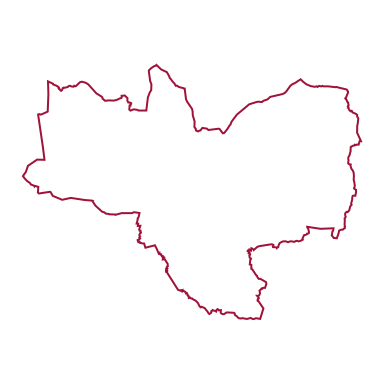 outline of Zinapécuaro, Michoacán, Mexico
{"feature_id": "50627088B67207882372338", "entity_name": "Zinapécuaro", "entity_type": "district", "adm_level": 2, "iso_a3": "MEX", "parent_name": "Mexico", "parent_adm1": "Michoacán", "projection": "natural_earth1", "projection_center": [-100.761, 19.856], "detail": "fine", "context": "isolated", "style": "outline", "palette": "rose", "viewbox_px": 384, "rotation_deg": 0, "n_neighbors": 0, "source": "geoboundaries", "source_scale": "gbopen_adm2", "svg_char_len": 5937}
<svg xmlns="http://www.w3.org/2000/svg" viewBox="0 0 384 384"><path d="M38.1,114.5L42.8,146.4L44.5,159.8L37.1,159.6L27.9,165.9L25.9,171.9L23.4,175.3L23.5,175.7L23.0,176.2L24.8,178.6L27.2,181.1L30.2,183.2L30.7,184.4L34.5,185.9L34.6,186.4L35.1,185.9L38.3,186.9L37.9,192.5L38.9,193.5L49.9,191.8L50.5,192.0L52.8,195.9L62.2,199.8L70.8,197.9L84.7,200.0L92.1,200.6L92.6,200.8L92.4,201.0L95.4,205.6L102.1,211.7L104.0,212.2L105.9,213.6L108.9,214.0L109.2,214.3L115.4,214.5L115.5,214.8L121.8,213.1L132.1,213.1L133.9,212.2L139.5,213.0L138.6,217.1L137.6,218.5L137.8,219.2L136.6,223.6L138.2,223.7L137.8,226.0L140.3,225.8L139.2,229.4L139.6,230.7L140.5,230.7L140.9,232.6L140.4,232.6L139.3,235.0L140.1,236.5L139.3,237.3L140.1,238.6L137.6,240.1L138.2,241.8L138.9,241.3L139.4,242.4L139.8,242.2L140.0,242.8L142.4,243.4L144.1,243.5L145.4,247.7L154.9,245.3L157.0,249.4L158.7,253.5L159.5,252.9L159.7,254.2L161.1,254.3L161.1,255.1L161.9,256.2L162.1,255.7L163.0,256.2L162.9,256.6L163.4,256.8L163.1,257.6L163.7,257.7L163.0,258.4L162.8,259.5L164.7,259.2L167.7,263.9L167.7,265.7L167.9,266.2L166.9,266.9L167.0,268.1L166.6,268.3L166.9,268.5L166.3,268.8L166.0,270.3L167.2,270.3L167.2,271.0L166.2,270.7L166.1,271.8L167.1,272.0L167.1,272.6L178.0,289.8L180.4,290.7L180.9,290.1L181.6,290.1L181.8,290.7L182.5,290.2L182.6,291.3L183.4,290.7L185.2,291.9L185.7,292.8L186.0,292.6L186.6,292.8L186.5,293.5L186.9,293.4L187.8,294.9L187.6,295.5L188.6,296.1L188.8,297.9L189.6,297.5L189.7,297.9L190.5,298.0L191.3,298.5L192.0,298.4L192.8,299.2L195.6,300.6L198.0,303.1L199.5,306.3L200.6,307.3L201.3,306.7L204.6,308.0L207.5,311.6L208.7,313.5L209.5,314.0L211.1,312.8L211.3,312.4L211.3,311.2L211.8,310.7L212.9,310.6L212.9,310.2L214.4,310.8L215.3,310.8L216.1,311.5L216.7,309.9L217.5,309.1L218.3,309.6L218.9,310.4L220.9,310.1L220.7,312.7L221.3,313.5L222.9,314.2L224.0,314.1L226.7,312.4L234.0,312.8L234.7,313.4L234.8,314.7L235.3,315.3L236.7,316.1L237.9,317.5L239.1,318.3L241.4,318.5L242.3,318.1L245.8,318.8L247.4,318.9L250.6,317.9L252.2,318.8L253.8,319.1L255.9,318.2L260.2,318.9L263.4,308.4L258.0,300.5L257.9,301.0L257.7,300.9L257.5,300.1L257.8,299.1L258.8,298.4L258.8,298.0L257.1,295.8L258.2,295.8L259.0,295.5L259.5,294.8L260.0,293.2L259.5,290.6L260.7,289.7L261.6,288.4L262.2,288.3L262.4,288.6L263.2,287.8L265.0,287.9L266.4,283.8L266.0,282.1L260.3,278.8L258.8,278.9L257.6,277.5L257.0,275.8L256.5,275.7L252.6,269.8L251.3,268.8L251.6,268.1L251.3,267.6L251.3,264.8L249.8,264.5L250.2,260.2L250.4,260.2L251.0,258.6L249.6,257.6L249.5,255.7L249.8,255.1L249.5,255.1L249.9,253.8L249.8,253.3L248.8,253.2L249.2,252.2L247.6,251.1L248.1,250.3L249.0,250.3L249.3,249.5L250.9,250.6L251.4,248.2L253.5,249.4L253.7,250.0L257.4,246.8L259.6,246.1L270.6,244.4L271.9,244.3L273.4,244.9L273.4,245.7L272.8,246.6L273.0,247.1L276.5,247.4L276.8,248.0L277.1,247.5L278.2,247.2L278.7,244.9L279.9,242.9L282.8,241.4L285.7,241.3L288.0,242.2L290.0,241.4L291.4,241.3L294.3,241.9L295.6,241.1L296.8,240.8L298.7,241.4L301.6,240.4L302.7,239.7L302.3,239.2L304.0,235.2L306.4,234.6L306.8,234.4L307.0,233.7L308.7,233.3L308.9,232.9L308.9,231.4L308.1,228.6L307.3,227.5L307.2,226.8L320.4,228.8L333.5,228.3L333.3,229.9L332.8,231.2L332.4,231.5L331.8,235.4L333.3,237.2L333.6,237.9L336.8,238.3L338.5,233.6L339.1,230.7L341.1,229.7L342.9,229.6L344.1,228.5L344.8,228.2L344.7,226.4L345.0,226.1L344.6,224.9L344.8,220.4L344.6,218.4L345.2,217.9L345.7,216.7L345.3,215.9L345.1,213.8L345.7,212.7L346.7,211.8L347.7,212.1L349.2,210.4L350.2,206.4L351.6,204.8L351.1,203.8L352.1,199.9L352.3,197.4L352.7,195.9L353.5,195.6L355.3,195.8L356.1,192.1L356.0,189.8L354.2,188.7L354.0,188.1L354.6,187.0L354.8,185.7L354.2,181.6L353.7,179.9L353.9,175.8L353.6,172.3L352.5,170.1L351.4,168.8L350.4,165.4L350.7,164.5L349.0,164.1L348.3,163.6L348.2,162.7L348.5,160.4L348.2,158.2L348.6,156.8L349.7,154.9L349.8,153.8L350.7,151.0L350.5,150.5L350.8,146.9L353.0,145.7L354.0,145.6L354.8,144.7L355.5,145.2L357.1,144.5L358.6,144.7L359.6,141.2L361.0,141.2L357.1,132.7L357.2,125.9L357.8,123.2L358.3,118.3L357.2,116.6L357.1,114.8L355.8,113.8L352.5,112.4L352.1,111.8L351.9,110.9L351.2,110.7L350.5,111.2L349.5,110.3L348.8,109.1L348.5,107.5L348.2,107.5L348.4,107.1L347.8,106.3L348.6,105.3L348.1,103.3L348.2,102.6L347.2,101.7L346.6,99.9L345.4,98.6L345.8,98.3L345.6,97.9L346.3,97.1L347.0,94.8L347.5,94.1L348.0,92.7L348.0,91.6L347.6,91.3L347.5,90.5L346.6,89.5L336.4,87.0L335.5,87.2L327.8,86.3L324.2,86.4L322.9,86.2L322.5,85.9L321.2,86.4L319.3,85.9L317.5,86.9L316.9,86.3L314.8,86.8L310.7,86.1L306.4,84.3L303.2,81.8L300.6,79.3L294.6,83.3L292.8,83.9L290.5,85.6L286.4,91.3L284.8,92.9L282.8,94.0L270.2,96.9L267.5,99.4L263.4,100.8L262.0,102.0L258.3,101.7L256.9,101.9L249.2,104.3L236.9,114.6L231.6,121.6L230.4,124.7L229.5,125.6L227.3,129.1L224.3,132.9L222.8,133.3L219.5,128.9L218.7,128.7L208.4,130.0L206.8,128.6L202.4,127.9L200.4,130.5L199.4,130.6L198.1,131.4L196.4,130.8L195.8,130.1L195.9,129.1L194.4,126.9L194.6,121.5L192.8,115.4L192.6,111.4L192.1,109.0L187.2,101.8L186.0,99.2L184.7,88.6L184.0,88.7L183.5,88.2L178.9,87.0L176.9,85.6L175.8,85.8L174.3,83.3L173.0,82.1L170.4,78.6L169.7,78.0L169.3,76.5L166.9,72.2L161.1,69.4L156.4,64.9L155.8,65.7L154.3,66.1L151.4,68.0L149.1,70.1L148.8,71.1L150.2,81.2L151.4,84.3L151.2,90.1L149.8,92.4L147.9,97.4L146.3,110.5L138.4,110.5L137.6,109.9L134.3,109.4L133.2,109.5L130.5,110.6L129.8,110.2L129.3,109.5L129.6,105.5L130.5,105.5L130.5,104.3L131.2,103.8L131.1,103.1L129.4,102.4L128.3,102.5L127.4,100.8L127.4,98.0L124.7,95.5L121.6,95.8L121.7,97.5L121.3,98.1L119.9,98.4L117.0,99.8L113.8,100.6L108.9,100.4L105.1,100.8L102.5,98.6L102.5,97.8L101.9,96.8L96.4,93.4L88.4,84.5L86.0,82.9L84.5,82.4L81.9,81.7L80.0,82.2L75.8,86.2L74.6,86.1L74.2,85.8L73.6,86.7L71.7,86.5L69.9,85.8L69.0,85.9L67.7,87.0L65.1,87.7L63.6,87.7L63.5,88.1L62.7,88.2L62.1,90.0L61.1,90.8L60.4,90.4L59.6,89.1L59.0,88.9L59.0,88.0L58.4,87.8L58.4,86.9L56.4,85.7L53.2,84.5L53.1,83.8L48.0,81.4L48.4,94.2L47.7,111.6L41.5,114.4L40.5,114.6L39.5,114.1L38.1,114.5Z" fill="none" stroke="#9f1239" stroke-width="2"/></svg>